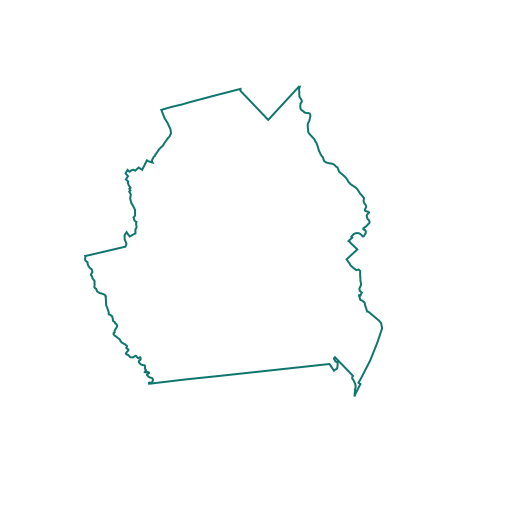 the district of Doctor González, Nuevo León, Mexico, rotated 213°
{"feature_id": "50627088B24522967605767", "entity_name": "Doctor González", "entity_type": "district", "adm_level": 2, "iso_a3": "MEX", "parent_name": "Mexico", "parent_adm1": "Nuevo León", "projection": "mercator", "projection_center": [-99.796, 25.845], "detail": "fine", "context": "isolated", "style": "outline", "palette": "teal", "viewbox_px": 512, "rotation_deg": 213, "n_neighbors": 0, "source": "geoboundaries", "source_scale": "gbopen_adm2", "svg_char_len": 6105}
<svg xmlns="http://www.w3.org/2000/svg" viewBox="0 0 512 512"><g transform="rotate(213 256 256)"><path d="M399.3,163.0L398.3,161.9L397.8,160.5L396.7,159.4L396.0,159.1L394.0,159.1L393.3,158.2L392.6,157.4L391.0,156.3L388.8,155.5L388.1,155.3L387.0,155.5L386.1,154.9L385.7,154.5L384.5,153.5L384.4,150.8L384.1,150.3L383.6,150.0L382.0,149.4L381.3,148.5L380.9,148.2L377.6,147.0L377.4,146.7L376.9,145.4L376.0,144.6L374.6,141.8L373.6,141.4L372.3,141.4L371.7,141.1L370.3,140.0L369.4,139.7L366.8,139.8L365.3,140.4L362.7,141.0L361.8,141.0L361.0,140.9L360.5,140.4L359.9,140.4L359.4,139.1L358.5,138.2L355.5,134.0L354.8,133.1L354.0,132.4L352.4,131.5L351.5,130.6L350.4,129.9L348.5,128.2L348.3,127.7L348.0,127.1L347.4,126.9L346.5,127.2L345.4,127.3L344.4,127.1L343.7,127.1L342.9,126.1L342.3,125.7L341.2,124.5L340.7,123.8L339.9,123.6L338.4,123.6L337.5,122.9L336.3,122.9L334.9,122.2L334.5,121.9L334.2,121.3L334.0,119.5L334.0,117.9L333.9,116.5L333.6,115.9L333.0,115.0L333.4,114.0L333.2,113.3L333.0,112.9L332.8,112.8L331.3,112.2L330.3,112.3L329.4,112.2L328.5,112.2L327.5,112.0L326.0,112.0L325.0,111.8L324.6,111.7L323.4,111.0L321.8,110.3L319.3,110.4L318.8,110.4L318.0,110.6L317.4,110.6L316.6,110.3L315.7,110.4L315.3,110.3L315.1,110.1L315.0,109.9L314.8,109.2L314.8,108.4L314.7,108.2L314.3,108.1L312.6,108.1L312.0,108.0L311.8,107.7L311.7,107.2L312.1,105.0L312.1,103.5L311.9,103.2L311.2,103.0L310.7,103.0L309.7,103.4L307.6,103.0L306.5,102.7L305.7,102.9L304.3,103.7L304.0,104.0L302.8,106.5L302.6,106.7L301.8,106.9L300.8,106.4L299.8,106.2L299.4,106.2L299.0,106.5L298.3,107.7L298.1,107.9L297.7,107.9L297.2,107.5L296.9,107.2L296.4,106.1L296.4,105.9L297.0,105.2L297.0,104.4L297.0,103.9L296.8,103.7L296.2,103.0L295.1,102.7L293.6,102.4L291.1,103.0L290.0,103.6L289.5,103.5L289.2,103.3L288.7,102.7L287.9,101.1L287.6,100.9L286.6,100.7L286.0,100.2L286.2,98.5L286.1,98.0L285.5,98.1L284.2,99.4L282.9,100.0L282.5,100.0L282.0,99.8L281.9,99.5L282.2,98.7L282.7,97.9L282.9,97.5L282.8,97.0L282.6,96.8L280.6,96.3L279.6,96.3L279.2,96.4L278.6,96.4L276.8,97.0L276.4,96.9L275.4,96.5L274.9,95.9L274.7,95.4L274.6,94.6L274.4,92.7L274.5,92.6L276.1,92.0L276.7,91.5L276.8,91.3L276.8,91.2L276.5,90.9L276.1,90.6L247.5,114.4L221.0,135.8L135.6,205.4L128.1,202.3L128.0,203.2L127.0,205.0L126.8,205.8L127.3,207.3L128.3,209.3L129.6,211.1L130.7,211.1L131.8,210.8L134.4,212.1L134.8,212.7L134.7,214.1L109.4,208.3L109.4,207.5L109.3,206.8L109.1,206.4L108.7,205.8L105.2,204.2L104.3,203.4L103.4,203.0L101.7,201.4L100.7,199.7L100.3,197.8L99.3,196.8L98.9,195.6L98.6,194.9L97.8,193.6L97.0,191.8L97.2,193.4L97.5,194.2L98.7,205.5L101.0,205.5L101.2,209.6L103.3,230.4L107.2,250.0L110.8,263.9L114.4,267.8L117.8,268.8L125.0,269.7L130.5,270.4L132.6,270.3L132.7,270.1L137.2,273.7L138.5,274.9L139.2,275.8L139.6,276.1L141.0,276.2L143.0,276.4L144.3,276.0L144.7,276.1L148.0,278.9L148.1,279.1L148.2,279.4L148.1,279.5L146.9,279.7L147.3,282.9L149.9,283.3L151.5,284.9L151.6,285.3L152.0,288.4L152.8,289.9L155.1,292.3L156.3,294.1L157.1,295.0L157.2,295.4L158.3,296.7L160.0,299.5L160.5,300.2L162.6,300.5L164.2,298.8L164.4,298.8L165.1,298.8L169.2,299.2L171.7,299.6L173.6,300.8L175.5,301.4L177.1,302.1L178.2,302.5L174.6,316.7L183.5,318.4L184.8,318.7L185.0,318.9L186.6,319.0L185.3,323.8L186.4,324.0L186.3,324.3L186.5,324.6L186.4,325.3L186.0,327.6L185.1,329.0L184.1,330.0L183.4,330.5L182.5,330.9L181.4,331.2L179.6,331.2L178.2,330.9L177.7,330.6L176.9,330.6L176.6,331.0L176.4,331.5L176.3,331.9L176.5,333.7L176.5,333.9L176.3,334.3L176.8,335.6L177.4,336.5L177.9,336.9L178.8,337.2L179.1,337.2L179.5,336.9L180.2,336.9L180.8,337.1L181.0,337.4L181.0,337.8L180.6,339.0L179.7,341.0L179.4,342.9L179.4,343.5L179.0,344.7L178.9,345.4L179.0,345.9L179.2,346.3L179.9,346.9L181.0,347.6L182.4,347.8L183.4,348.4L185.1,350.0L185.2,350.4L185.3,351.7L184.9,353.4L184.9,353.8L185.0,354.1L185.5,354.2L186.1,354.2L188.0,353.5L188.5,353.4L189.5,353.5L189.8,353.9L190.0,354.5L190.2,356.3L190.4,357.1L190.8,357.9L191.7,358.4L194.0,359.3L195.4,360.3L196.0,361.1L196.9,363.4L200.9,364.7L202.1,364.8L206.7,366.9L208.0,367.4L209.9,367.7L213.5,367.7L216.0,367.8L219.4,368.7L220.5,369.5L221.5,369.9L222.6,370.4L224.3,370.8L226.2,371.2L232.1,371.9L232.8,372.3L233.1,372.6L235.0,374.0L235.9,374.6L237.6,374.6L239.6,375.1L241.2,375.1L242.6,374.8L245.2,373.6L247.1,373.0L247.9,372.7L248.9,372.6L250.9,372.9L253.8,375.3L255.5,375.7L257.0,376.4L260.7,378.7L264.3,381.8L266.4,383.4L267.4,384.0L268.0,384.1L269.2,384.7L269.7,385.1L271.0,385.8L277.8,387.5L278.8,387.9L279.9,388.6L280.3,389.1L280.8,390.0L281.4,390.5L282.6,392.1L284.1,394.2L284.5,395.2L284.8,396.5L285.0,398.9L285.4,399.7L286.5,402.8L287.0,403.5L287.9,404.4L288.6,404.7L289.6,404.5L290.2,404.2L290.6,403.8L291.4,403.5L292.4,403.0L293.0,402.9L294.2,402.9L295.0,403.2L297.1,403.1L298.0,403.4L299.0,404.0L300.3,405.5L301.7,408.2L301.7,408.9L301.5,409.5L301.6,410.1L301.7,410.6L302.2,411.0L302.5,411.4L303.1,411.8L306.4,413.3L306.8,414.0L308.1,415.5L308.7,416.8L309.5,417.7L310.5,419.0L311.2,420.6L311.4,421.4L311.8,420.8L312.3,421.1L319.9,376.8L359.1,386.1L359.2,386.3L360.0,387.7L380.3,365.6L395.9,348.3L401.4,341.8L401.8,341.6L408.3,334.7L415.0,327.0L407.4,321.6L402.6,319.4L396.9,315.8L394.2,312.8L393.6,309.0L393.7,308.3L394.0,307.4L394.3,300.8L394.2,297.8L395.4,293.1L395.5,286.8L395.7,286.5L395.3,285.3L395.8,283.3L395.5,281.9L395.6,280.9L395.1,279.0L393.7,278.0L397.9,276.8L399.6,276.8L398.4,266.3L399.3,266.3L399.8,266.2L402.6,266.3L403.8,261.8L404.4,261.7L405.9,261.5L407.1,260.1L407.7,258.4L408.1,257.7L410.6,258.2L410.4,254.2L406.8,253.3L406.9,249.4L403.7,248.9L403.3,247.7L403.0,247.3L401.1,245.9L398.4,244.9L398.8,243.3L397.1,242.6L397.4,240.9L395.1,239.8L394.5,239.4L392.8,235.6L391.5,234.4L389.8,232.9L388.6,232.0L387.7,231.8L382.7,228.9L379.4,224.0L379.7,221.6L379.4,221.5L378.2,220.2L377.5,219.8L376.9,219.5L374.7,219.4L374.6,218.7L374.0,217.6L373.5,216.9L372.4,215.9L371.9,215.1L371.6,214.1L371.6,212.6L369.4,209.3L370.4,207.7L372.5,203.6L375.4,204.6L376.6,205.0L377.5,205.5L377.6,202.3L377.1,201.2L376.6,200.4L375.1,198.4L374.3,197.8L371.5,195.9L371.2,195.3L370.6,192.7L394.6,167.7L397.9,164.3L399.3,163.0Z" fill="none" stroke="#0f766e" stroke-width="2"/></g></svg>